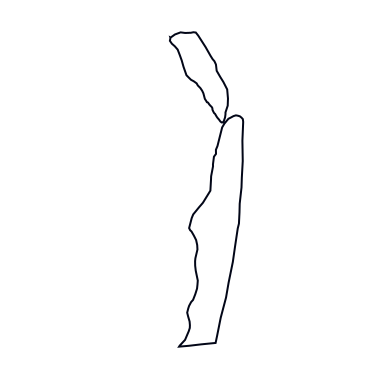 the district of Matagi, Tuvalu, rotated 28°
{"feature_id": "33948139B5264150563840", "entity_name": "Matagi", "entity_type": "district", "adm_level": 2, "iso_a3": "TUV", "parent_name": "Tuvalu", "parent_adm1": "", "projection": "equal_earth", "projection_center": [176.119, -5.669], "detail": "fine", "context": "isolated", "style": "outline", "palette": "ink", "viewbox_px": 384, "rotation_deg": 28, "n_neighbors": 0, "source": "geoboundaries", "source_scale": "gbopen_adm2", "svg_char_len": 1760}
<svg xmlns="http://www.w3.org/2000/svg" viewBox="0 0 384 384"><g transform="rotate(28 192 192)"><path d="M253.3,333.4L253.2,334.6L261.4,329.3L271.8,322.1L283.7,314.2L281.6,306.9L276.4,289.6L271.6,269.2L266.9,254.9L260.9,234.6L255.7,220.2L249.5,202.7L248.3,197.9L243.5,187.7L239.6,179.9L233.6,164.8L229.2,155.8L222.3,140.9L212.4,123.0L204.3,106.1L202.7,103.8L200.8,103.1L198.7,102.7L196.7,103.1L194.8,103.7L193.0,105.5L191.1,108.4L189.8,110.2L189.2,113.0L188.5,116.4L188.3,120.8L190.2,128.5L192.9,139.4L193.3,143.5L195.3,147.1L194.8,150.5L197.6,157.9L198.5,159.4L201.5,169.1L203.0,172.2L207.6,182.2L206.7,196.4L205.4,202.1L204.2,208.2L203.6,211.2L204.0,215.2L206.4,225.2L208.3,226.6L210.1,227.1L214.1,229.6L218.2,232.5L221.5,236.4L223.8,240.2L226.1,248.9L227.2,251.6L229.4,255.6L232.3,259.8L238.7,267.5L240.4,271.4L241.8,274.9L242.9,280.8L243.6,286.8L242.9,289.6L242.9,293.9L243.4,296.8L244.4,300.8L247.1,303.8L250.7,307.5L252.7,310.6L253.9,313.1L254.5,316.5L255.3,325.8L253.3,333.4ZM100.6,65.7L100.3,65.7L100.6,66.0L101.5,68.9L104.6,70.5L108.4,71.4L112.5,73.0L117.0,76.9L121.2,80.7L125.8,85.5L132.3,91.5L135.8,92.6L138.5,93.4L141.5,93.4L145.1,93.9L147.1,95.2L150.6,96.3L153.4,97.8L155.7,99.5L159.5,103.6L159.9,103.9L161.4,104.7L163.0,105.7L163.5,105.5L164.3,105.6L166.2,106.6L168.1,107.3L169.3,107.6L170.6,108.4L171.5,109.8L172.8,110.8L174.4,111.9L175.7,112.2L178.4,113.9L179.8,114.6L181.7,115.3L183.9,116.4L185.5,116.7L186.5,116.1L186.8,114.5L186.5,112.6L186.2,110.7L185.1,107.7L184.2,106.0L183.0,99.0L179.9,92.6L174.9,84.9L168.0,80.1L163.0,77.2L156.9,73.4L153.3,68.2L150.4,66.0L147.8,65.0L144.5,63.1L136.0,57.7L124.1,51.0L120.5,49.4L118.2,50.3L116.3,51.9L111.3,54.8L107.0,56.4L103.0,60.9L100.6,65.7Z" fill="none" stroke="#020617" stroke-width="2"/></g></svg>